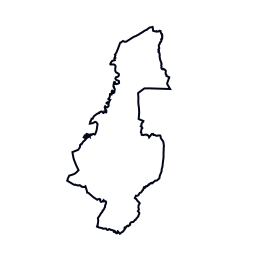 Apulco, Zacatecas, Mexico, rotated 198°
{"feature_id": "50627088B1101262479506", "entity_name": "Apulco", "entity_type": "district", "adm_level": 2, "iso_a3": "MEX", "parent_name": "Mexico", "parent_adm1": "Zacatecas", "projection": "equal_earth", "projection_center": [-102.688, 21.456], "detail": "fine", "context": "isolated", "style": "outline", "palette": "ink", "viewbox_px": 256, "rotation_deg": 198, "n_neighbors": 0, "source": "geoboundaries", "source_scale": "gbopen_adm2", "svg_char_len": 5850}
<svg xmlns="http://www.w3.org/2000/svg" viewBox="0 0 256 256"><g transform="rotate(198 128 128)"><path d="M135.8,231.7L138.5,230.2L140.3,227.7L140.5,227.1L141.8,226.2L144.8,222.5L145.8,221.5L146.1,220.8L147.5,219.5L148.8,218.0L150.7,216.5L156.0,210.0L156.8,209.3L158.0,209.0L159.7,209.2L161.1,207.2L161.7,206.8L161.8,206.4L162.1,198.9L162.3,197.3L162.3,196.1L163.1,193.7L162.4,193.2L162.5,191.1L161.7,190.7L162.4,189.7L161.5,188.4L163.3,187.3L163.9,186.7L164.5,185.0L164.5,184.4L164.6,183.8L164.6,183.6L164.1,183.7L163.9,183.1L161.1,184.1L160.5,184.0L159.5,183.6L158.9,182.9L158.4,180.1L157.9,178.8L157.3,177.8L156.3,177.2L153.6,176.7L153.0,175.6L152.9,175.0L153.4,173.9L153.7,173.4L155.1,172.6L155.3,171.9L155.3,171.1L154.8,170.6L153.9,170.1L152.8,170.0L151.9,170.0L151.1,169.8L150.4,168.1L150.6,167.6L151.3,167.0L152.9,166.1L153.5,166.0L154.6,167.6L155.3,167.5L155.4,167.0L154.9,163.4L154.6,163.3L154.1,162.9L154.1,162.2L153.9,161.9L153.1,161.6L152.8,161.2L152.4,160.3L152.4,158.6L152.0,158.1L152.3,157.0L152.7,156.6L153.0,156.6L153.4,157.5L153.3,158.0L154.2,158.7L154.6,158.7L154.8,157.8L154.2,156.2L153.9,154.8L154.2,154.6L154.7,154.6L155.0,155.1L155.5,154.9L155.6,154.5L155.2,153.2L155.0,151.6L155.3,150.3L155.7,149.5L155.4,149.2L153.7,149.3L154.0,148.1L154.1,146.4L153.9,146.2L154.1,145.7L154.3,145.6L155.6,146.1L156.1,145.1L155.2,144.7L154.5,145.0L154.1,145.0L153.5,143.9L153.3,143.0L153.5,142.2L154.5,141.0L155.7,141.2L156.4,141.6L156.6,140.6L155.0,138.1L154.6,137.8L154.2,138.1L153.9,137.7L153.5,136.4L153.7,136.0L155.7,136.3L155.9,134.7L156.3,134.7L158.0,135.6L158.5,135.5L160.4,133.6L160.1,133.1L161.8,132.0L164.1,128.6L164.5,125.9L165.5,125.6L165.5,124.0L165.5,123.5L165.8,123.0L165.9,122.0L165.6,121.7L165.6,120.4L163.0,121.7L161.3,123.6L160.5,123.8L159.6,123.4L158.2,122.4L157.2,116.5L157.2,113.7L157.4,112.0L157.6,111.5L158.8,111.7L159.6,111.5L160.1,110.6L160.3,110.4L161.2,110.6L161.6,110.4L161.9,110.0L161.9,109.6L161.7,109.3L161.4,109.2L162.0,108.5L161.8,108.1L162.0,108.2L164.1,105.8L164.4,106.3L164.0,109.0L163.6,109.6L164.9,109.5L165.4,109.7L165.6,109.5L166.1,107.5L166.8,107.5L167.2,105.4L165.9,105.3L164.6,104.5L165.0,103.5L165.3,103.2L165.3,102.9L166.5,100.9L167.2,98.2L167.6,98.2L168.2,97.2L168.3,97.0L167.9,95.6L167.8,94.8L168.6,91.9L173.4,87.9L172.4,85.9L170.1,81.8L166.1,76.9L162.0,72.6L163.2,70.1L164.2,68.5L165.7,67.0L169.2,64.5L169.6,60.9L169.4,59.6L169.5,59.1L162.1,57.4L161.0,57.5L160.5,57.9L159.5,57.7L157.9,58.0L157.3,57.9L156.6,58.6L156.1,58.7L154.7,58.3L154.3,57.9L153.3,57.8L153.0,58.1L151.4,58.2L150.5,59.4L148.1,56.1L146.8,53.9L145.7,54.1L139.8,51.6L135.3,50.3L134.9,50.3L134.3,51.1L133.3,51.7L132.3,51.5L132.0,50.3L131.5,49.8L130.8,49.4L129.6,50.2L128.9,51.9L128.4,51.5L128.2,50.8L126.7,51.4L126.2,51.1L125.8,50.4L125.7,49.4L125.7,47.9L125.9,47.4L125.4,45.7L125.7,44.8L125.7,43.6L126.1,42.6L126.3,41.7L126.5,41.7L126.6,41.3L126.6,40.1L127.5,38.2L127.5,37.7L127.7,36.6L128.5,33.9L128.8,33.3L128.6,32.4L128.3,32.1L127.7,30.7L127.4,29.5L127.1,27.7L126.9,26.1L127.0,26.0L127.0,24.6L126.7,24.6L126.4,24.9L126.1,24.9L126.0,24.5L125.3,24.4L122.0,24.7L121.4,24.6L121.1,24.8L120.5,24.5L117.9,25.6L117.5,25.5L117.0,24.9L116.2,24.7L115.5,24.9L115.1,25.4L115.0,25.8L114.4,26.1L113.0,25.8L112.5,26.0L112.2,25.9L111.4,26.0L111.0,25.8L109.8,26.1L109.0,25.9L109.2,25.4L109.2,24.9L108.8,24.9L108.4,25.6L107.7,25.3L106.9,24.4L106.6,24.3L105.9,24.5L105.6,25.0L105.8,26.6L105.6,26.6L104.4,25.7L103.0,24.9L101.9,26.8L101.3,27.2L100.7,28.2L99.9,30.4L99.9,30.9L100.4,31.7L100.4,32.4L100.3,32.5L99.4,32.3L99.1,33.8L98.6,34.1L98.4,34.8L98.0,35.1L97.2,34.9L96.6,36.0L96.3,36.2L96.1,36.6L96.1,36.9L96.5,37.5L96.3,38.5L95.8,39.4L94.1,40.2L93.4,41.4L93.2,42.1L92.8,42.9L92.4,43.0L92.0,44.7L90.9,47.0L91.1,48.1L90.8,49.2L90.9,50.7L92.9,52.0L92.6,52.7L92.5,53.9L93.7,56.0L93.9,56.9L94.0,58.5L93.7,59.3L93.6,60.1L94.7,60.8L96.3,61.5L98.2,63.0L99.0,63.1L99.9,63.6L99.6,65.0L99.6,66.0L98.4,66.4L97.6,67.0L97.3,67.5L97.0,69.3L96.8,69.7L95.7,70.7L95.1,72.4L94.9,73.5L94.5,73.8L94.6,74.7L94.4,75.1L94.5,76.1L93.8,76.0L93.4,76.4L93.7,76.9L93.3,77.0L93.3,77.4L93.0,77.5L92.8,78.2L92.7,78.4L92.1,78.3L91.5,78.8L91.1,80.4L90.8,80.8L90.5,80.6L90.2,81.0L89.4,82.6L89.0,82.6L88.8,82.9L88.5,82.7L88.1,82.7L87.8,82.9L87.4,84.0L87.1,84.1L85.9,86.3L85.0,86.6L84.3,87.0L82.7,89.7L82.6,90.3L83.0,91.7L83.0,92.2L82.7,96.8L82.8,97.7L83.2,99.1L83.3,101.9L84.2,106.1L85.1,110.9L86.7,116.0L87.4,118.7L87.8,119.6L88.2,121.8L89.5,124.5L90.4,126.1L92.5,127.6L93.8,128.7L94.1,129.6L95.0,130.8L96.0,130.6L97.4,130.0L97.9,129.5L99.2,129.4L100.6,129.6L101.4,129.3L102.4,130.1L102.9,129.4L103.6,129.5L105.0,125.6L106.0,126.9L107.4,127.4L107.7,127.1L108.3,127.4L109.4,127.1L111.4,125.9L111.8,126.0L112.8,125.7L113.9,127.6L114.3,127.7L114.5,128.0L114.4,128.3L114.8,130.6L114.8,131.5L114.4,132.0L114.3,132.4L115.1,133.2L115.6,133.5L116.3,133.5L116.1,135.3L116.4,135.8L116.4,136.8L115.5,138.7L115.5,139.4L120.6,139.8L122.2,146.3L123.9,150.7L125.0,152.9L126.2,155.8L127.6,160.4L129.2,164.3L129.0,164.6L125.0,170.3L124.1,171.0L122.4,171.4L120.6,172.1L100.0,178.1L104.3,181.9L104.6,182.9L104.4,188.9L107.7,189.5L108.0,190.6L108.8,191.0L109.2,191.7L109.6,193.7L109.8,194.2L110.2,194.5L112.4,195.2L112.8,195.1L112.9,194.6L113.6,194.5L114.5,195.0L115.0,195.7L114.9,196.6L115.7,197.6L115.7,198.7L116.1,199.2L116.0,199.6L116.4,200.2L118.5,202.8L120.0,205.6L120.5,207.6L121.0,208.1L121.1,208.8L121.6,209.3L122.3,209.5L122.5,209.9L122.2,209.9L122.5,211.5L123.4,212.1L122.9,213.4L124.2,215.8L124.3,216.3L124.2,216.9L123.8,217.8L123.8,218.9L124.0,219.0L124.0,219.3L123.2,220.4L123.3,221.7L123.9,222.6L123.1,223.3L123.1,223.6L123.4,224.5L123.7,224.8L123.7,225.9L124.0,226.1L124.1,226.9L124.7,227.1L124.9,228.0L125.3,228.0L126.2,228.7L127.0,230.3L127.7,230.3L128.3,230.1L129.1,229.0L130.8,228.9L130.9,228.4L134.1,228.2L135.8,231.7Z" fill="none" stroke="#020617" stroke-width="2"/></g></svg>